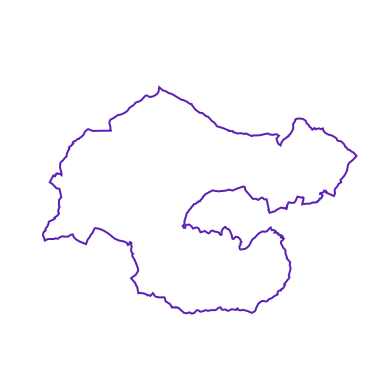 Tilisca, Sibiu, Romania (Mercator projection), rotated 206°
{"feature_id": "2599482B75916194776070", "entity_name": "Tilisca", "entity_type": "district", "adm_level": 2, "iso_a3": "ROU", "parent_name": "Romania", "parent_adm1": "Sibiu", "projection": "mercator", "projection_center": [23.791, 45.786], "detail": "fine", "context": "isolated", "style": "outline", "palette": "violet", "viewbox_px": 384, "rotation_deg": 206, "n_neighbors": 0, "source": "geoboundaries", "source_scale": "gbopen_adm2", "svg_char_len": 5968}
<svg xmlns="http://www.w3.org/2000/svg" viewBox="0 0 384 384"><g transform="rotate(206 192 192)"><path d="M307.7,90.4L307.3,88.5L306.4,87.1L304.6,85.8L303.1,83.8L300.8,86.6L295.4,89.3L294.4,90.6L291.9,91.2L291.3,92.8L289.0,95.5L286.5,96.1L283.6,97.8L282.3,100.4L280.5,101.6L278.9,99.9L276.0,98.6L271.6,98.2L264.4,98.7L264.9,103.6L264.3,106.0L264.1,109.6L263.5,111.5L263.7,116.0L263.3,117.1L259.2,118.3L254.4,118.6L249.4,118.1L241.0,116.2L236.3,116.4L231.5,117.7L228.5,117.8L226.3,116.2L225.8,117.0L225.8,119.8L224.2,119.8L223.6,117.8L222.2,116.4L222.0,115.0L220.8,112.2L219.3,111.0L217.9,110.6L218.0,109.1L217.5,108.2L213.2,105.4L207.3,99.8L205.8,97.5L206.3,92.8L209.0,87.8L203.3,85.4L200.7,83.0L199.9,83.0L195.8,77.5L194.4,78.5L190.9,79.7L189.1,80.0L186.7,79.6L185.9,80.2L183.9,80.4L182.8,83.9L179.5,82.1L178.6,82.0L175.2,82.9L170.8,85.2L169.2,84.1L168.1,82.3L162.3,81.5L159.4,79.4L158.5,80.3L156.6,80.5L155.9,81.6L154.4,81.5L153.6,82.0L146.3,79.9L143.7,80.6L141.4,82.8L138.8,82.6L136.9,84.3L136.1,87.6L134.7,88.4L131.9,88.1L129.8,89.7L128.2,91.7L125.4,92.2L123.3,94.1L119.5,95.9L118.2,97.4L117.7,99.3L116.0,100.8L115.4,100.7L114.0,99.5L112.8,99.5L110.5,101.1L108.4,100.8L107.2,101.2L104.9,104.1L100.8,105.3L100.2,107.3L99.6,107.2L99.3,106.5L97.3,106.6L95.4,107.6L95.0,108.3L89.9,109.4L85.4,109.5L83.5,111.9L83.1,113.2L83.5,116.5L83.4,120.9L82.9,121.5L82.8,122.5L82.4,122.7L81.4,124.8L77.0,126.3L76.3,127.3L76.2,128.9L73.9,131.4L72.6,134.1L70.1,137.5L71.0,138.8L71.1,140.2L70.4,141.6L68.8,142.6L69.2,143.7L67.9,145.4L67.7,149.3L68.7,149.5L66.9,157.9L68.5,159.5L69.5,165.4L70.3,167.2L72.1,169.0L73.0,171.9L77.9,174.0L78.1,174.9L81.3,178.1L82.2,180.2L83.1,181.0L85.8,182.0L89.7,185.0L90.3,186.7L89.2,188.9L89.0,190.3L90.5,191.4L90.9,190.3L92.2,190.1L92.7,191.3L92.1,191.8L92.2,192.1L93.1,192.3L93.6,191.4L95.0,192.1L96.0,191.5L97.0,192.8L100.0,191.7L99.9,192.3L99.2,192.7L99.3,193.3L101.8,193.7L103.5,192.7L105.7,194.6L106.5,192.9L107.4,189.5L109.5,188.0L111.2,187.6L113.6,184.5L114.6,181.9L115.3,179.0L116.8,176.2L117.3,172.1L117.0,171.3L117.2,168.5L118.8,164.8L122.5,161.8L123.8,161.6L124.9,162.7L125.6,164.0L125.2,166.1L126.1,167.2L125.6,168.7L126.9,169.5L127.6,170.5L130.8,171.6L132.0,171.3L132.9,171.0L133.5,170.1L134.0,168.0L135.1,167.7L137.7,170.9L141.2,173.9L142.9,174.6L144.5,174.3L146.7,175.2L147.2,175.0L148.2,171.7L148.1,169.1L146.7,166.8L147.1,166.1L148.6,166.2L149.7,167.1L150.8,167.3L154.7,166.3L156.2,166.4L157.4,165.9L158.0,164.9L158.4,162.6L158.7,162.2L159.9,162.0L163.2,162.6L166.7,159.5L170.3,162.3L172.5,162.1L175.1,159.6L177.2,160.8L180.1,161.6L182.8,159.7L183.0,158.7L182.4,156.8L183.9,156.2L185.5,157.5L185.1,158.0L184.9,160.5L186.0,162.4L186.9,168.6L187.5,170.7L186.8,172.3L186.6,173.3L186.9,174.1L185.9,176.7L185.9,178.0L185.2,179.7L185.1,181.6L183.7,182.8L182.8,184.9L182.0,185.5L182.1,186.4L180.7,187.3L180.8,188.3L179.9,191.2L180.1,192.7L179.4,193.7L179.3,195.4L174.4,202.3L168.2,204.3L161.8,208.4L160.1,210.2L156.0,211.2L153.9,213.9L148.2,219.5L146.6,219.5L145.1,217.2L134.3,212.5L131.5,214.0L129.0,213.9L127.4,216.9L126.3,217.8L123.9,217.1L121.7,218.1L115.0,209.6L115.4,209.3L113.2,207.3L108.9,211.2L108.5,212.5L105.2,217.0L102.2,217.8L100.9,218.9L100.4,218.0L99.6,218.2L99.9,220.4L100.7,221.4L100.6,225.1L97.7,225.9L95.5,227.2L95.0,229.0L95.2,234.1L91.3,234.9L90.2,235.4L90.1,235.8L89.2,235.7L88.2,233.0L88.3,231.7L87.5,229.3L86.4,230.5L85.4,230.6L84.2,231.6L81.2,233.0L78.2,236.1L76.9,236.3L75.2,237.7L75.2,238.7L74.7,238.8L74.4,240.4L74.0,240.9L74.4,242.2L73.0,243.0L73.3,245.1L73.0,245.3L73.1,246.1L73.7,246.5L75.6,246.9L76.0,246.5L76.2,247.3L73.9,249.2L73.3,250.3L73.8,251.1L72.9,251.5L72.8,251.0L72.4,250.8L71.9,251.4L70.8,250.9L70.8,250.3L62.7,250.6L62.8,253.4L64.5,255.9L64.8,257.3L63.9,260.8L63.8,263.3L62.2,266.3L63.8,267.7L62.3,273.0L62.0,276.2L62.1,279.2L63.7,284.9L63.4,287.1L61.4,291.5L59.9,296.6L64.2,298.3L65.9,298.2L68.3,298.8L71.0,298.6L72.8,299.8L74.2,299.8L76.0,301.5L79.9,302.9L83.1,302.1L84.0,302.1L85.3,303.3L86.9,303.8L91.1,304.1L94.5,303.4L97.9,303.5L100.9,304.8L102.2,306.5L103.8,305.0L105.7,304.9L108.4,302.6L109.8,303.3L111.0,300.8L111.4,300.7L112.4,301.6L115.2,302.3L116.7,303.5L118.9,303.9L121.2,305.9L124.7,306.3L128.8,304.6L130.3,303.4L130.9,302.2L130.6,302.0L130.5,300.8L130.9,297.2L128.9,293.7L128.7,290.7L129.1,286.8L130.0,285.2L129.6,284.4L130.3,283.7L131.4,281.3L132.5,279.9L133.3,276.1L132.8,272.7L135.7,273.2L138.9,276.2L139.4,277.3L138.5,280.7L141.3,281.0L144.8,278.6L147.4,277.8L149.5,277.9L156.1,272.6L162.0,269.5L162.6,268.5L169.4,268.2L170.1,267.2L173.7,266.3L176.7,264.6L181.3,263.9L181.9,264.6L185.5,263.1L185.5,263.5L192.5,263.0L198.2,262.0L202.2,264.1L205.1,264.5L210.6,266.7L212.7,266.3L217.2,267.5L219.9,266.6L224.8,267.5L229.9,269.9L230.9,270.9L232.6,270.3L236.1,270.9L240.1,270.9L241.7,270.3L253.6,271.3L256.0,270.7L260.4,271.1L262.8,270.5L267.4,271.8L266.0,267.3L266.3,265.3L267.2,263.2L268.7,261.1L271.5,258.8L274.9,259.0L275.8,258.4L276.5,256.9L277.7,252.4L279.3,250.2L281.9,247.6L282.4,245.0L285.2,239.9L285.5,237.2L286.4,234.9L289.3,231.0L292.5,228.4L294.8,224.2L297.0,221.2L297.1,219.5L296.2,217.2L293.9,214.8L293.2,213.2L291.8,211.6L308.2,203.3L312.9,203.0L313.9,201.5L314.7,198.6L314.6,195.6L315.9,192.3L316.8,191.3L316.8,190.2L318.2,189.4L319.3,186.4L320.2,186.0L320.9,184.6L320.7,183.5L319.9,183.3L320.6,181.9L320.7,180.6L322.0,178.9L322.0,177.8L321.1,177.1L321.4,175.3L321.3,171.5L320.3,169.0L321.2,167.1L321.9,163.6L322.8,161.9L322.9,159.9L321.6,156.5L317.1,151.1L316.7,150.0L318.6,150.5L319.2,149.9L321.3,149.8L322.3,148.0L321.9,147.9L322.3,146.6L321.9,146.6L321.9,146.1L322.5,145.8L323.9,145.9L324.1,138.4L320.9,138.0L315.6,136.0L312.5,136.7L307.2,130.1L308.0,126.6L306.2,122.6L304.8,120.9L305.0,120.5L304.5,120.2L304.4,117.7L303.9,116.9L303.8,115.9L302.8,115.3L302.8,114.4L302.1,114.1L302.6,111.8L304.4,108.6L303.7,108.3L303.8,107.3L307.7,102.6L307.1,100.7L306.9,97.6L307.6,94.8L306.6,93.2L307.5,92.0L307.7,90.4Z" fill="none" stroke="#5b21b6" stroke-width="2"/></g></svg>